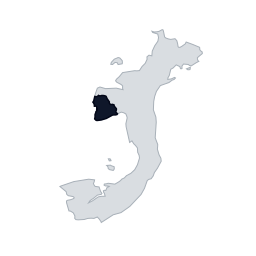 where Los Santos sits in Panama, rotated 111°
{"feature_id": "PAN-1339", "entity_name": "Los Santos", "entity_type": "Province", "adm_level": 1, "iso_a3": "PAN", "parent_name": "Panama", "parent_adm1": "", "projection": "mercator", "projection_center": [-80.421, 7.617], "detail": "fine", "context": "in_parent", "style": "filled", "palette": "ink", "viewbox_px": 256, "rotation_deg": 111, "n_neighbors": 0, "source": "natural_earth", "source_scale": "10m", "svg_char_len": 4192}
<svg xmlns="http://www.w3.org/2000/svg" viewBox="0 0 256 256"><g transform="rotate(111 128 128)"><path d="M225.8,119.1L225.1,119.6L223.2,122.4L222.1,124.8L224.6,127.4L225.4,130.1L226.8,133.1L229.1,136.1L231.6,141.6L232.2,143.8L231.5,145.3L229.1,146.1L226.8,148.7L226.2,151.9L226.6,153.4L219.9,158.5L218.2,159.3L217.1,158.5L215.6,156.0L213.9,154.0L213.0,153.3L212.5,153.2L212.0,153.7L211.7,154.8L212.6,159.5L211.9,161.4L209.6,162.9L207.0,170.6L206.0,169.6L197.4,159.3L189.9,146.4L188.4,140.6L190.3,140.3L192.2,140.4L193.2,139.5L194.3,137.8L193.4,133.9L197.0,130.9L198.4,128.9L199.4,129.1L201.7,132.6L205.2,134.5L209.4,137.4L212.0,138.0L208.7,135.0L203.0,131.1L201.4,128.5L199.9,124.9L197.7,126.4L196.6,127.8L195.5,128.5L194.5,127.6L194.3,126.4L190.9,126.2L190.1,125.2L189.2,124.6L189.6,126.8L190.2,128.2L189.9,129.9L188.8,130.0L187.9,128.3L186.7,126.7L185.1,120.1L181.3,117.1L179.5,116.0L178.1,115.6L175.9,113.5L173.1,112.4L169.3,109.1L164.6,106.8L158.9,106.0L151.9,106.5L149.6,107.8L148.0,109.4L147.3,110.2L143.2,112.1L141.6,114.8L140.6,117.1L138.6,119.7L140.9,121.3L127.5,130.2L124.8,131.5L118.8,132.4L117.4,133.4L115.6,135.1L115.3,137.8L115.6,140.0L117.4,141.8L118.9,142.9L122.7,148.2L129.3,154.8L130.6,157.3L131.6,160.9L129.6,162.5L128.0,163.3L121.7,163.5L119.5,165.0L118.7,167.2L116.3,169.0L108.2,170.7L101.8,170.9L99.8,168.9L99.3,163.1L95.0,153.2L94.0,146.4L92.9,147.3L90.6,148.1L89.9,149.8L89.3,154.8L88.4,156.5L86.7,156.3L83.1,154.5L78.2,152.9L72.1,142.3L71.5,140.3L70.3,137.9L65.5,136.9L61.5,135.1L57.1,134.8L54.8,135.8L52.5,134.5L52.1,131.6L47.5,132.9L41.6,132.5L36.3,131.2L32.6,131.9L29.6,133.9L30.0,139.2L29.1,140.3L29.0,138.1L27.9,135.6L26.6,133.6L24.0,131.4L23.8,130.6L24.9,129.6L29.8,126.5L30.4,125.2L30.4,122.5L30.0,119.9L27.8,116.1L29.0,113.7L31.5,111.9L34.1,110.4L34.5,109.7L34.1,108.4L32.6,107.1L29.0,104.7L26.9,104.5L26.8,97.7L27.0,90.4L27.5,89.7L28.8,89.3L29.8,88.2L30.4,86.0L31.9,85.3L34.7,86.9L37.5,88.4L38.7,87.9L39.6,87.2L40.2,86.5L40.4,85.8L42.7,87.8L47.3,91.2L47.6,92.9L47.1,94.5L48.4,99.1L50.8,99.8L53.2,98.9L53.8,99.8L53.4,100.6L52.1,101.6L51.8,105.6L55.8,107.4L57.8,109.1L64.3,108.3L66.7,108.7L68.4,108.3L66.6,105.1L64.1,102.7L64.3,101.6L66.2,102.4L67.6,104.0L70.8,106.0L76.8,113.0L83.6,114.6L89.0,114.4L94.0,113.5L102.0,110.8L107.8,105.9L112.5,103.7L127.4,99.1L132.8,94.3L135.0,93.6L137.2,93.0L141.9,89.4L144.4,86.5L147.1,85.1L155.0,86.1L160.2,87.4L163.7,87.3L167.1,88.2L168.6,90.3L170.2,91.2L178.5,91.0L185.4,92.0L200.5,98.2L209.5,104.2L214.3,110.7L225.8,119.1ZM74.7,166.9L72.7,167.1L68.7,165.5L65.8,162.5L65.6,161.6L65.6,160.6L67.2,157.5L69.4,156.5L70.2,156.5L72.3,160.0L70.9,161.4L71.4,163.6L74.3,165.2L74.7,166.9ZM171.3,132.9L170.6,134.5L169.0,131.1L169.2,130.2L169.1,127.1L170.7,126.3L171.9,126.2L172.9,126.6L173.5,130.3L173.0,131.9L171.3,132.9ZM52.2,92.9L51.8,94.6L49.0,91.6L50.7,91.1L51.3,91.1L52.2,92.9ZM165.4,133.7L163.8,135.3L163.2,133.7L164.3,132.2L164.7,132.2L165.4,133.7Z" fill="#d9dde1" stroke="#a8b0b8" stroke-width="1"/><path d="M118.6,142.9L119.5,143.2L120.3,144.5L120.8,146.0L121.3,147.0L124.7,149.8L126.9,151.7L130.1,155.9L131.8,159.0L132.2,160.0L132.2,160.7L131.6,162.1L131.4,162.4L130.9,162.5L130.0,162.6L129.7,162.6L127.1,163.6L124.9,163.6L124.5,163.8L124.0,163.6L123.1,163.4L122.7,163.1L122.2,163.2L121.0,163.6L121.0,163.8L121.5,163.8L121.9,163.7L122.2,163.5L122.5,163.3L122.7,163.6L120.2,164.4L119.2,165.1L119.1,166.1L119.7,167.1L119.6,167.4L118.7,167.5L118.4,167.6L118.2,167.8L117.9,168.0L117.7,168.5L117.2,168.8L116.8,169.0L116.7,169.3L116.7,169.6L116.7,169.8L116.4,170.0L116.1,170.0L115.4,169.8L115.0,169.7L110.7,170.3L110.4,170.3L110.3,169.1L110.1,168.6L109.7,168.2L109.0,167.6L108.6,167.4L108.1,167.2L108.2,166.7L108.2,166.2L107.9,165.3L107.0,164.1L106.4,162.3L106.2,160.8L106.3,159.8L108.2,157.9L110.1,155.0L110.3,154.8L110.7,154.7L111.0,154.6L111.3,154.4L111.7,154.0L112.1,153.3L112.2,152.9L112.2,152.4L112.2,152.2L112.1,151.9L111.6,151.3L111.5,151.0L111.5,150.7L111.5,150.4L111.4,149.9L111.3,149.6L111.5,149.3L112.0,149.0L112.5,148.6L112.9,148.0L114.0,146.0L114.4,145.6L115.6,145.3L116.7,145.3L117.2,145.2L117.5,144.9L117.9,144.4L118.1,143.7L118.3,143.4L118.6,142.9Z" fill="#0f172a" stroke="#020617" stroke-width="1.5"/></g></svg>